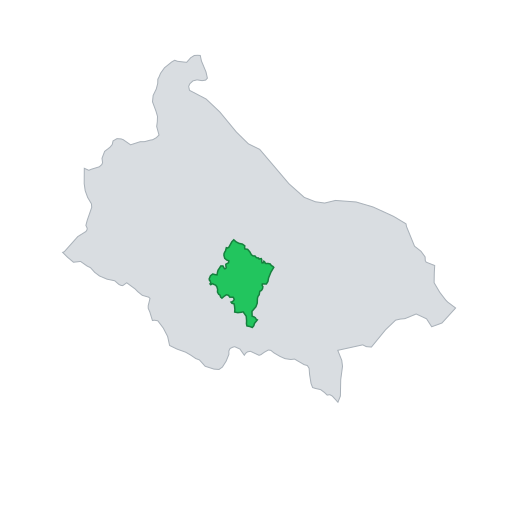 Bulgaria, with Stara Zagora highlighted, rotated 38°
{"feature_id": "BGR-2233", "entity_name": "Stara Zagora", "entity_type": "Province", "adm_level": 1, "iso_a3": "BGR", "parent_name": "Bulgaria", "parent_adm1": "", "projection": "mercator", "projection_center": [25.503, 42.404], "detail": "fine", "context": "in_parent", "style": "filled", "palette": "green", "viewbox_px": 512, "rotation_deg": 38, "n_neighbors": 0, "source": "natural_earth", "source_scale": "10m", "svg_char_len": 3894}
<svg xmlns="http://www.w3.org/2000/svg" viewBox="0 0 512 512"><g transform="rotate(38 256 256)"><path d="M410.6,320.8L402.4,319.4L399.6,319.8L397.7,321.8L393.9,321.4L389.2,321.5L384.3,323.8L381.6,324.8L377.9,322.6L371.1,316.3L367.0,311.8L363.9,310.7L360.8,312.0L349.8,313.5L347.2,316.1L342.1,319.0L337.0,320.3L329.7,321.3L325.8,321.2L323.6,322.5L321.8,326.7L320.6,330.8L319.5,332.4L310.3,334.5L308.3,336.8L307.7,339.1L307.9,341.4L300.6,339.2L295.0,340.6L293.7,342.4L292.5,344.9L293.1,347.6L295.2,350.2L297.2,357.2L297.9,364.2L296.7,368.2L292.5,371.0L283.8,374.2L275.4,372.7L271.7,373.9L265.5,374.3L259.8,375.1L251.0,378.0L243.0,379.7L235.9,373.8L227.4,369.9L218.5,367.5L215.4,369.2L214.1,370.6L206.7,365.4L203.3,363.6L201.7,361.6L198.6,354.7L196.8,354.5L190.6,357.0L184.7,356.9L181.1,356.4L170.6,356.7L169.2,361.4L167.9,362.2L165.6,362.8L159.9,362.5L152.8,366.0L145.0,368.1L139.0,368.2L132.8,367.1L129.1,367.9L121.1,368.3L116.0,373.3L108.1,373.0L101.4,372.2L102.3,370.6L103.6,350.4L106.9,341.3L106.7,339.5L106.0,338.1L103.1,336.6L101.0,331.7L96.6,318.8L94.2,316.2L87.3,313.5L81.2,309.7L76.1,304.8L66.7,292.6L71.5,291.4L72.9,288.9L77.6,282.2L78.2,278.9L77.7,277.0L74.5,273.8L72.3,266.7L74.0,260.1L74.1,256.7L72.5,253.3L74.2,249.1L77.6,246.8L79.7,246.1L88.7,245.6L94.4,237.2L97.8,234.5L101.4,229.7L103.0,228.0L104.6,224.2L105.1,220.4L98.0,215.1L95.6,211.0L92.4,206.6L88.1,203.5L79.5,198.2L76.1,192.8L74.6,185.8L72.3,180.5L69.8,177.1L69.3,174.3L68.3,170.8L68.0,164.0L70.1,155.0L71.4,151.8L74.3,150.9L82.1,146.1L82.5,139.9L83.9,136.0L86.4,133.8L88.6,132.3L92.9,135.9L103.2,141.7L108.2,145.8L108.0,148.4L105.6,151.0L101.1,153.5L98.5,156.8L97.8,160.9L98.5,163.8L101.6,166.4L120.1,163.0L138.9,164.8L164.2,170.4L180.9,172.3L193.3,169.7L216.2,174.4L237.5,178.8L258.0,180.1L269.4,176.7L277.5,172.0L284.4,163.3L301.6,151.8L318.1,145.3L339.9,140.1L354.4,138.3L356.4,140.1L374.9,150.7L383.1,150.7L389.8,152.6L392.2,155.4L393.9,156.1L402.7,153.5L406.7,159.3L412.8,167.4L423.2,171.5L432.5,173.9L435.4,174.3L445.3,174.1L443.8,194.3L438.0,203.6L429.1,200.5L417.9,203.1L411.9,213.7L408.5,216.9L405.5,220.6L403.5,234.3L403.0,256.7L398.7,259.5L394.8,260.3L378.5,280.0L387.9,285.5L392.1,289.7L398.9,301.3L408.7,314.4L410.6,320.8Z" fill="#d9dde1" stroke="#a8b0b8" stroke-width="1"/><path d="M235.5,277.2L232.8,277.1L230.4,275.3L229.4,273.9L228.9,272.1L228.9,271.0L227.5,267.7L228.6,267.3L229.2,265.7L228.2,259.8L228.5,256.9L231.6,257.1L234.8,256.5L237.9,255.0L240.9,254.9L241.8,256.3L242.8,257.3L245.3,255.9L248.5,256.5L251.7,257.9L253.7,257.7L255.1,256.6L256.2,256.8L257.2,257.1L258.3,256.6L259.2,256.0L260.3,256.5L261.7,254.8L262.7,255.3L263.8,256.7L265.0,257.7L265.9,256.8L265.4,255.3L266.8,255.4L267.9,256.1L268.9,255.5L270.0,254.5L272.2,253.5L273.3,253.9L274.4,254.0L275.7,253.8L277.0,254.0L277.7,259.6L279.4,265.5L281.1,268.8L281.4,271.7L278.2,274.1L278.9,275.4L280.3,275.9L281.3,277.8L281.5,279.8L280.7,281.5L282.4,284.6L282.4,286.6L283.2,288.5L286.0,292.4L287.2,296.1L286.9,302.1L290.0,305.8L291.8,305.2L293.6,305.1L294.9,305.7L296.4,305.5L296.3,310.1L297.2,312.3L297.1,314.6L294.5,315.4L291.9,316.7L290.2,315.3L288.6,313.0L285.4,309.5L281.1,308.2L280.6,307.9L279.7,308.5L279.1,309.4L276.5,311.9L273.7,313.3L272.3,311.2L269.8,308.6L268.1,307.2L266.2,308.1L264.7,307.7L265.6,306.4L265.7,305.0L265.6,303.6L263.5,302.5L260.6,304.6L258.6,303.9L256.6,304.7L255.7,307.3L255.1,310.2L254.5,310.1L253.8,310.2L253.1,310.0L252.4,309.4L252.0,309.1L251.3,309.0L250.0,309.1L247.8,308.1L246.3,305.9L244.0,304.3L242.1,303.8L240.0,304.4L238.9,304.5L238.0,306.5L236.9,306.3L237.1,305.2L236.4,304.6L235.5,304.2L234.8,303.5L234.3,303.8L233.2,302.9L232.3,299.6L233.0,296.8L235.1,295.9L236.9,294.9L235.5,292.2L234.8,290.4L234.7,288.4L234.4,285.5L236.1,284.2L238.3,285.2L239.4,285.3L239.8,284.2L239.5,283.1L238.7,282.7L237.3,281.1L238.5,278.2L237.5,276.5L235.5,277.2Z" fill="#22c55e" stroke="#15803d" stroke-width="1.5"/></g></svg>